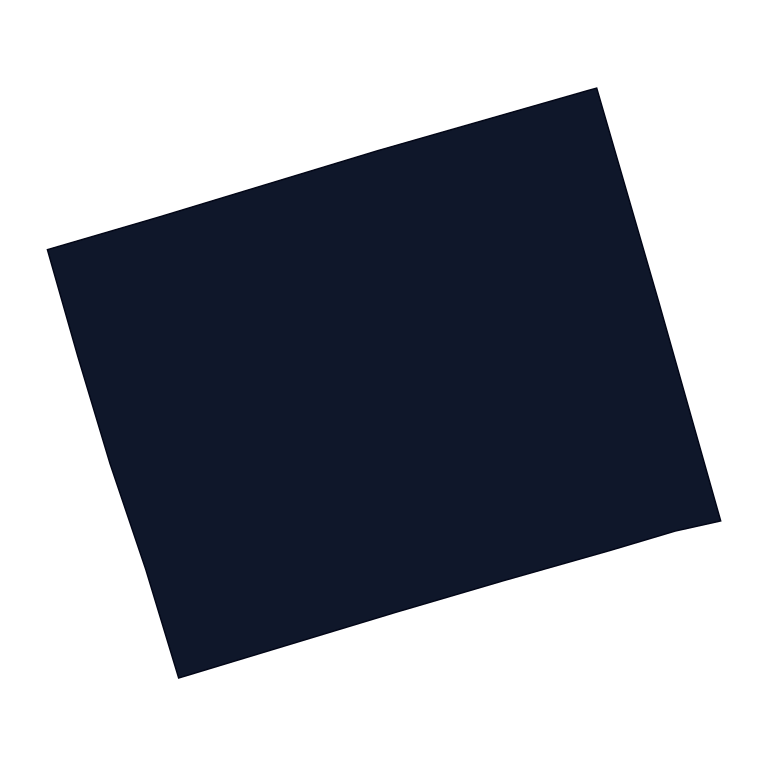 Jackson, Michigan, United States of America (Equal Earth projection), rotated 344°
{"feature_id": "52423323B91147156706901", "entity_name": "Jackson", "entity_type": "district", "adm_level": 2, "iso_a3": "USA", "parent_name": "United States of America", "parent_adm1": "Michigan", "projection": "equal_earth", "projection_center": [-84.434, 42.248], "detail": "fine", "context": "isolated", "style": "filled", "palette": "ink", "viewbox_px": 768, "rotation_deg": 344, "n_neighbors": 0, "source": "geoboundaries", "source_scale": "gbopen_adm2", "svg_char_len": 360}
<svg xmlns="http://www.w3.org/2000/svg" viewBox="0 0 768 768"><g transform="rotate(344 384 384)"><path d="M212.6,161.5L97.5,162.1L97.3,272.9L98.7,384.9L103.9,496.6L105.6,610.0L331.9,606.7L443.9,606.0L556.9,606.3L623.2,605.6L669.9,608.4L670.7,380.6L670.0,158.2L660.7,158.1L442.3,158.0L212.6,161.5Z" fill="#0f172a" stroke="#020617" stroke-width="1.5"/></g></svg>